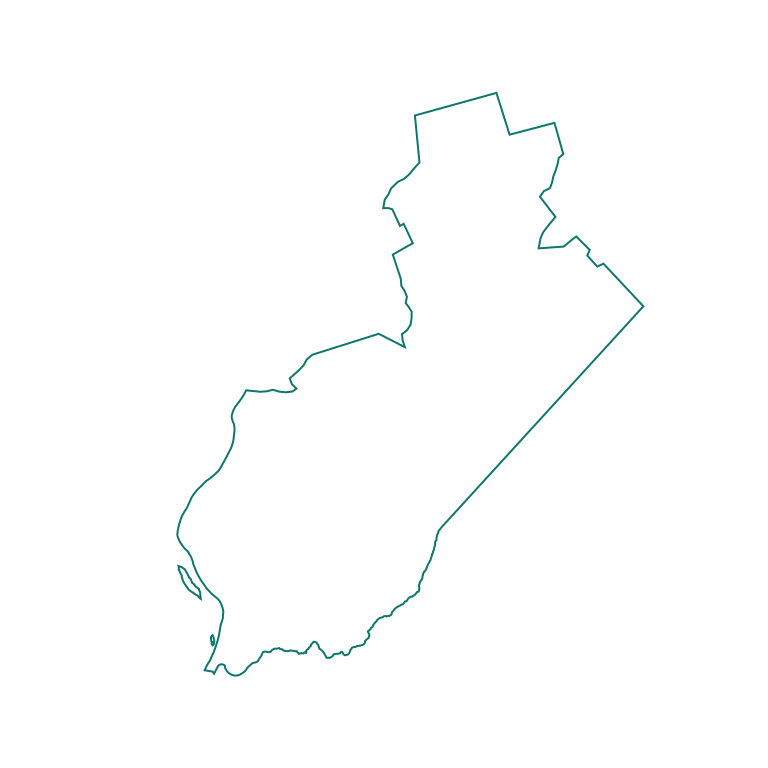 the district of Capital, Misiones, Argentina, rotated 249°
{"feature_id": "61730980B30289947598516", "entity_name": "Capital", "entity_type": "district", "adm_level": 2, "iso_a3": "ARG", "parent_name": "Argentina", "parent_adm1": "Misiones", "projection": "robinson", "projection_center": [-55.968, -27.541], "detail": "fine", "context": "isolated", "style": "outline", "palette": "teal", "viewbox_px": 768, "rotation_deg": 249, "n_neighbors": 0, "source": "geoboundaries", "source_scale": "gbopen_adm2", "svg_char_len": 6132}
<svg xmlns="http://www.w3.org/2000/svg" viewBox="0 0 768 768"><g transform="rotate(249 384 384)"><path d="M363.6,654.0L417.7,632.0L417.2,625.2L431.0,619.8L435.5,624.1L452.8,616.4L451.7,612.2L447.9,601.0L455.2,577.0L463.9,582.3L468.5,586.8L472.0,592.4L478.6,603.9L503.0,596.7L506.8,602.4L507.3,609.0L511.6,612.9L517.0,616.4L521.8,620.7L526.9,624.8L532.4,628.1L534.4,633.8L566.7,636.7L571.8,590.6L615.5,593.3L623.6,509.1L578.1,496.5L573.8,488.1L570.5,482.3L568.3,476.1L567.8,469.4L564.1,460.8L559.5,456.2L555.9,450.8L548.4,446.3L546.8,450.9L544.1,454.4L525.9,455.6L526.5,459.8L505.1,461.3L501.7,438.6L476.3,437.4L469.5,435.4L463.3,436.6L457.3,436.7L451.8,433.2L447.4,434.6L441.5,435.7L435.5,433.3L429.9,430.1L426.0,424.9L424.1,418.7L418.0,417.0L410.9,416.7L432.8,397.0L437.0,327.6L434.6,320.7L430.4,315.8L427.5,310.0L423.0,298.0L416.8,298.0L411.0,300.6L409.8,295.8L411.5,289.3L414.4,283.5L418.4,278.2L419.2,271.9L421.1,265.7L427.5,253.0L424.8,250.1L421.6,245.8L419.2,242.2L415.9,236.7L413.2,233.7L409.2,230.6L407.1,229.8L403.9,229.4L399.9,229.5L395.0,228.2L385.7,223.4L381.5,220.4L378.5,217.8L374.7,213.3L372.1,210.6L367.3,204.8L364.4,201.5L362.4,198.7L361.1,195.6L359.5,191.4L358.2,187.6L357.1,183.1L355.9,180.0L354.7,177.9L352.6,172.7L349.9,167.7L347.1,163.8L341.3,158.0L338.7,155.3L336.8,152.5L333.6,148.6L329.9,145.2L326.1,142.2L320.5,138.6L317.3,137.0L315.4,136.7L312.2,136.7L308.7,137.1L305.1,138.0L301.6,139.1L297.8,140.9L291.5,141.9L287.1,141.9L284.3,141.4L280.2,141.5L275.6,141.5L269.7,142.2L265.0,143.1L261.5,144.0L256.6,145.2L252.1,147.1L251.1,147.3L242.8,151.9L239.8,152.9L236.1,153.2L233.0,153.1L229.3,152.5L223.3,149.7L220.7,147.8L217.8,145.4L214.6,143.4L208.7,140.0L203.5,136.3L199.7,133.2L194.4,128.7L192.0,126.1L188.2,122.5L186.5,120.0L183.9,116.9L181.0,114.0L176.9,120.9L174.4,121.5L178.9,126.5L180.5,128.6L180.8,129.8L180.8,130.6L180.6,131.7L180.2,132.7L178.7,134.3L178.0,134.5L176.7,134.2L176.0,133.9L175.2,133.9L172.7,134.4L171.1,134.9L169.7,135.6L168.2,136.7L166.8,137.9L165.7,139.5L165.4,140.2L165.2,140.4L165.0,141.0L164.6,142.2L164.3,143.7L164.3,145.1L164.6,147.0L165.2,149.8L165.7,151.2L166.7,153.0L167.8,154.3L168.3,155.3L170.5,160.9L170.5,161.7L170.4,162.8L170.2,163.7L170.1,164.6L170.3,166.3L170.7,167.2L172.0,168.7L172.7,169.8L173.2,170.5L173.7,171.5L174.5,172.4L175.3,173.0L175.9,173.8L176.6,174.4L177.1,175.0L177.1,175.6L177.0,176.4L176.4,177.9L176.0,178.7L175.3,179.4L175.1,180.1L174.9,181.0L174.6,181.6L174.7,182.5L175.4,183.3L175.9,184.6L176.1,187.1L175.1,189.5L175.2,191.2L175.1,191.4L174.8,191.6L173.9,192.0L173.1,193.2L172.7,194.0L171.3,194.5L170.3,196.0L170.1,196.0L169.0,198.6L168.8,201.0L168.7,201.3L168.6,201.5L168.0,202.7L167.4,203.6L165.6,206.9L164.8,207.0L164.3,207.2L162.7,207.8L162.5,208.8L162.4,209.3L162.4,210.4L161.9,210.8L161.4,212.1L161.9,213.2L161.9,214.0L160.8,214.7L161.2,215.3L162.3,215.5L162.8,215.7L163.5,216.9L163.8,217.8L163.9,218.3L164.9,219.8L165.4,221.1L165.9,222.0L166.9,222.6L167.1,223.0L167.5,224.2L168.3,225.1L168.5,226.3L167.9,227.1L167.4,227.6L166.9,228.3L165.2,228.6L164.5,229.0L163.9,229.1L162.5,228.9L162.0,229.0L161.1,228.8L159.7,229.0L158.8,229.8L158.1,230.0L157.5,230.5L156.1,231.2L155.0,231.5L153.3,231.6L152.3,231.9L151.7,232.0L150.2,232.0L148.8,232.4L148.6,232.7L148.6,233.6L148.5,234.0L147.7,234.9L147.9,236.0L148.1,237.2L148.2,237.7L148.2,238.3L149.3,239.5L149.6,240.4L149.6,241.0L149.3,242.3L148.9,243.6L148.5,244.9L148.4,245.8L148.5,246.8L148.9,247.3L149.3,248.1L148.8,248.7L148.1,249.2L147.4,249.2L146.8,249.2L146.0,249.4L145.1,250.0L144.6,250.7L144.5,252.2L144.4,253.5L145.1,254.9L146.3,256.3L147.3,256.9L148.0,257.6L148.5,258.7L149.3,259.6L149.3,260.6L149.2,261.9L148.8,262.8L148.8,264.0L149.0,264.9L148.5,266.2L148.4,267.5L148.2,268.8L148.1,270.1L148.1,270.8L148.4,272.1L148.8,272.8L149.3,273.4L149.9,273.8L150.9,274.3L151.2,275.1L151.8,276.5L152.1,277.3L152.4,278.5L153.2,279.2L153.8,279.8L154.8,280.3L155.7,280.6L157.1,280.3L158.2,280.3L158.9,280.4L159.2,281.5L159.7,282.6L160.0,283.5L161.0,284.6L161.3,286.1L162.0,286.9L162.6,287.6L163.1,287.9L163.8,289.0L164.6,290.4L165.0,291.5L165.5,292.4L166.0,292.9L166.9,295.3L167.1,296.3L166.8,298.3L166.8,299.1L167.2,300.8L167.2,301.3L166.7,302.5L166.1,303.1L166.0,303.9L166.0,304.9L165.5,305.9L165.8,306.6L166.0,308.0L166.8,308.8L167.9,309.6L168.4,310.1L168.8,311.3L169.1,311.7L170.1,313.2L170.6,314.7L171.0,315.5L171.0,316.1L171.2,317.0L171.2,318.0L171.5,320.2L171.7,320.8L171.6,321.9L171.8,323.2L173.4,325.7L173.3,327.2L173.9,328.4L174.5,328.9L175.1,329.9L175.7,331.6L175.7,332.4L175.7,333.1L175.4,334.1L175.8,335.0L175.8,335.9L175.8,336.5L177.1,339.1L177.6,339.9L177.9,340.3L177.8,341.9L178.3,342.5L179.0,342.8L179.4,343.0L180.1,343.7L180.6,343.8L181.7,343.8L182.2,344.2L183.9,344.7L184.8,345.7L186.0,346.3L186.6,347.1L187.1,347.8L188.2,349.5L188.6,349.7L189.2,350.4L190.9,351.0L191.6,351.9L193.0,352.7L193.6,353.5L194.5,354.3L194.9,355.6L195.7,356.7L196.7,357.5L197.6,358.5L198.7,359.3L199.4,360.1L200.4,361.1L201.0,362.1L201.6,362.6L202.5,363.6L202.9,364.3L204.9,365.6L205.8,366.6L207.0,367.5L207.8,367.6L208.3,368.8L208.7,369.0L209.3,369.2L210.2,369.9L211.7,371.6L212.9,372.0L214.9,373.7L216.6,374.6L217.4,374.7L218.8,375.7L219.3,377.0L221.0,377.6L222.6,378.7L223.6,379.1L225.8,381.4L226.5,381.9L227.1,382.1L229.8,386.7L363.6,654.0ZM284.1,125.7L283.6,126.2L283.4,126.0L281.7,126.1L280.1,126.1L277.9,126.6L276.2,126.0L274.3,126.0L272.5,125.8L268.5,126.3L266.6,126.9L263.2,127.7L261.5,128.2L260.2,129.1L259.0,129.9L257.9,130.6L257.5,131.4L256.8,131.4L256.4,131.6L255.0,132.7L252.7,134.3L250.4,135.1L249.1,136.0L251.0,136.4L253.0,137.0L254.9,137.6L255.5,137.7L256.8,137.6L258.6,137.8L258.6,137.5L258.9,137.6L259.9,137.2L262.0,135.9L262.9,135.5L265.6,134.7L266.9,133.7L269.4,133.7L271.4,133.6L273.0,132.7L273.6,132.7L274.6,132.6L278.0,132.4L279.2,132.0L280.9,131.9L282.6,131.6L283.9,130.6L285.2,129.7L286.9,127.9L287.7,126.9L285.8,126.6L284.1,125.7ZM203.7,130.0L202.8,129.9L201.4,130.4L202.1,131.9L203.6,132.7L205.2,133.6L207.3,133.8L208.8,134.1L209.7,134.0L210.9,134.0L210.6,132.9L209.9,131.9L208.9,131.4L205.9,130.6L204.8,131.2L203.7,130.0Z" fill="none" stroke="#0f766e" stroke-width="2"/></g></svg>